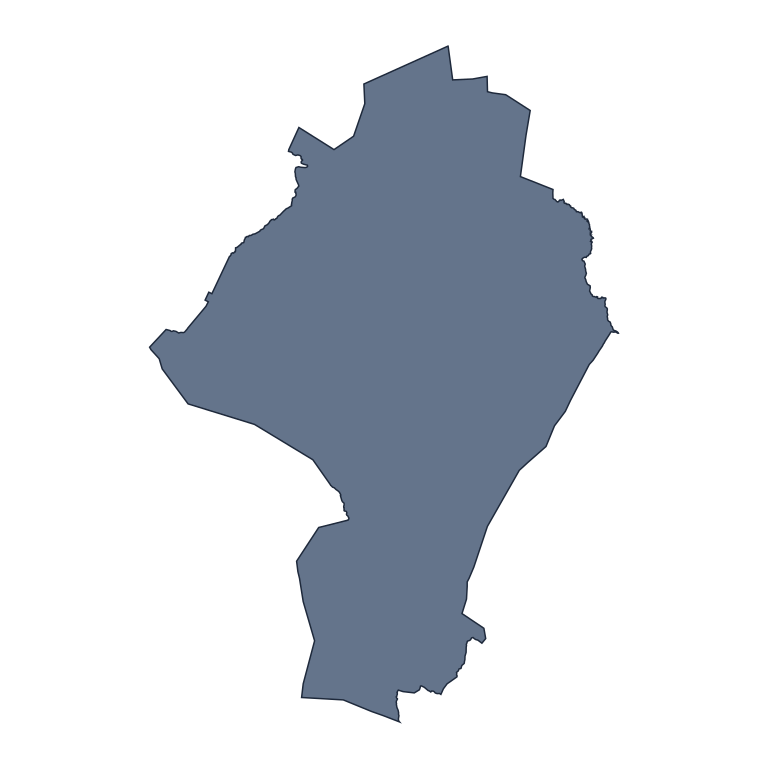 outline of Folldal nor, Hedmark, Norway
{"feature_id": "86288312B29283811421655", "entity_name": "Folldal nor", "entity_type": "district", "adm_level": 2, "iso_a3": "NOR", "parent_name": "Norway", "parent_adm1": "Hedmark", "projection": "albers", "projection_center": [10.131, 62.156], "detail": "fine", "context": "isolated", "style": "filled", "palette": "slate", "viewbox_px": 768, "rotation_deg": 0, "n_neighbors": 0, "source": "geoboundaries", "source_scale": "gbopen_adm2", "svg_char_len": 6099}
<svg xmlns="http://www.w3.org/2000/svg" viewBox="0 0 768 768"><path d="M481.9,643.2L485.7,638.6L483.9,628.3L462.0,613.6L466.5,599.1L467.2,586.2L467.2,581.9L469.0,578.5L473.8,567.2L487.4,526.4L519.3,470.3L527.8,462.5L546.0,446.5L554.5,425.8L565.3,411.4L570.5,400.4L589.3,364.4L593.2,360.1L594.5,358.1L597.8,353.1L599.1,350.9L602.4,346.1L603.5,343.8L604.2,343.0L605.0,341.3L609.7,334.0L610.7,332.2L611.3,331.8L613.8,332.2L615.5,331.9L618.0,333.3L618.4,333.2L618.0,332.5L617.3,331.9L616.1,331.1L613.9,330.3L613.2,329.8L612.3,326.9L611.1,325.6L610.9,324.8L610.7,323.5L610.1,322.0L608.6,321.2L608.1,320.6L607.6,319.8L607.6,318.4L607.2,316.4L607.4,315.7L607.7,315.1L607.7,314.7L607.1,312.7L607.0,311.8L607.3,309.9L607.3,308.8L606.8,307.9L605.2,306.7L604.9,306.0L605.2,304.2L604.9,302.8L604.9,301.6L605.1,300.9L605.8,299.5L605.9,298.7L605.8,298.2L605.0,297.8L603.7,298.1L603.1,297.6L602.2,297.8L601.9,297.1L601.5,297.4L600.7,298.5L598.0,298.5L597.3,297.8L597.6,297.0L597.2,296.7L596.7,296.6L596.2,297.1L595.8,297.1L594.2,296.5L593.2,296.5L592.3,295.9L592.1,294.7L590.8,293.7L590.4,292.4L589.6,291.1L590.3,287.5L590.1,285.8L587.4,284.2L586.2,281.6L585.7,279.5L584.8,277.7L585.2,276.4L585.8,275.3L586.0,274.5L586.4,273.3L586.0,272.2L585.6,270.4L585.6,269.3L584.7,266.4L584.7,265.8L585.1,264.8L585.2,264.0L583.9,261.1L582.5,260.7L581.9,259.2L583.4,257.7L584.7,257.2L586.3,257.4L586.7,256.4L588.3,255.6L589.2,254.1L590.3,253.8L590.7,253.4L590.4,252.2L590.7,251.0L591.4,249.7L591.7,248.3L591.5,247.8L591.7,245.9L591.6,245.5L591.5,244.8L591.3,244.4L591.5,243.7L591.5,243.0L592.2,242.2L591.7,241.3L591.2,241.2L590.8,241.5L590.5,241.3L591.1,240.4L591.0,239.4L593.4,238.2L593.1,237.6L591.9,237.0L591.9,236.6L591.1,236.0L590.7,235.3L591.1,235.0L590.3,234.8L590.4,233.8L590.3,233.1L590.5,233.1L590.7,233.4L591.0,233.3L591.1,232.8L591.6,232.4L591.6,231.3L590.4,231.1L590.2,230.7L590.3,229.6L590.1,228.7L589.1,228.8L589.2,228.3L589.6,228.3L589.8,228.0L589.8,227.1L589.4,225.2L589.5,224.6L588.8,223.3L588.8,222.3L588.5,221.7L587.7,221.8L587.0,221.0L587.9,220.5L587.5,220.1L587.6,219.7L587.5,219.2L586.3,219.0L585.3,219.2L584.4,218.6L584.4,218.4L584.8,218.2L584.8,217.8L584.2,217.4L584.0,216.4L583.5,216.5L583.2,217.2L582.5,217.0L582.5,216.5L582.3,216.0L582.3,215.2L582.1,214.6L582.2,213.9L581.6,213.1L581.8,212.7L581.5,212.2L581.0,212.2L580.6,212.7L580.4,212.8L579.3,212.4L578.1,211.7L576.4,211.7L575.9,210.3L574.3,209.4L573.8,208.3L572.7,207.8L571.9,207.8L570.7,207.0L570.6,206.0L569.7,205.6L569.5,205.2L569.4,204.7L567.8,204.1L567.1,204.5L565.8,203.2L565.3,203.5L564.3,203.1L564.0,202.2L564.2,201.5L563.3,199.4L560.9,200.4L560.3,200.0L559.5,200.2L559.0,201.1L557.9,202.0L556.7,201.5L555.0,199.5L554.0,199.3L553.0,198.4L552.8,192.9L553.0,189.5L520.4,176.6L526.0,135.4L530.2,110.5L505.7,94.7L492.4,92.9L487.5,91.7L487.1,76.4L472.6,79.0L452.7,79.9L448.2,46.7L448.0,46.1L363.9,84.0L364.8,103.7L353.6,136.2L334.0,149.6L298.9,127.5L288.8,149.6L288.5,151.4L291.2,152.1L292.4,153.0L293.0,154.3L295.6,155.5L297.9,154.9L300.2,155.6L301.1,156.6L301.0,158.1L301.5,159.2L302.0,159.2L302.4,159.6L302.5,159.9L302.5,160.4L301.8,160.8L301.1,162.0L301.4,163.2L303.6,164.2L307.4,165.2L307.6,166.2L306.8,167.2L305.2,167.6L300.5,167.2L298.7,166.7L296.0,167.5L295.4,169.0L294.9,171.9L295.3,173.3L295.5,176.7L296.1,177.9L296.0,178.7L296.2,179.7L298.5,184.8L298.8,186.1L296.9,188.5L295.3,189.6L295.1,190.5L295.0,192.1L295.8,192.3L295.7,193.0L296.1,194.1L296.0,195.6L295.0,197.0L292.8,198.0L292.2,199.2L292.3,200.4L291.7,202.9L291.7,203.9L291.4,204.2L291.6,205.7L287.7,208.2L286.6,208.6L285.7,209.2L284.6,210.4L283.7,211.1L279.9,215.1L278.4,215.8L277.6,216.7L276.8,218.3L275.7,218.8L274.8,219.7L274.3,219.9L273.7,219.7L273.5,219.2L272.0,219.6L271.4,219.6L271.2,220.1L269.8,221.3L269.3,222.5L267.9,224.1L267.1,224.8L264.9,225.9L263.6,228.6L262.3,229.3L261.3,229.6L260.3,230.3L259.7,231.3L255.1,233.8L252.7,234.3L251.2,235.4L249.3,235.5L248.2,236.7L247.2,236.4L246.3,236.9L246.1,237.3L245.4,237.4L245.2,238.4L244.4,239.8L244.1,241.0L244.1,241.4L243.7,242.6L241.6,243.1L241.1,243.6L241.0,244.4L240.5,244.7L240.0,244.9L237.2,247.3L235.6,247.8L235.5,251.1L235.3,251.4L235.1,251.4L235.1,251.9L234.5,252.0L233.6,253.1L232.6,252.8L231.3,253.5L231.1,253.8L231.1,254.6L230.3,256.0L229.5,256.4L211.9,293.7L208.8,292.2L205.1,300.1L208.3,301.8L206.0,306.3L187.7,328.2L187.4,328.8L184.5,332.2L183.4,332.6L180.9,332.4L178.7,333.0L176.0,331.4L173.4,330.8L172.2,331.4L171.2,331.4L170.0,330.5L166.1,329.5L149.6,347.2L151.0,349.7L159.2,358.7L162.2,368.9L188.1,403.9L254.5,424.4L312.9,459.8L330.3,484.6L330.7,485.4L331.3,485.8L332.5,487.1L334.3,487.8L336.0,489.5L338.0,490.9L339.3,492.1L340.5,494.3L340.8,495.1L340.4,495.6L341.8,500.5L342.5,501.8L343.9,503.0L344.1,503.5L344.1,505.2L343.8,505.8L343.7,506.6L343.8,507.6L344.1,507.7L344.0,508.9L344.2,509.8L344.0,510.1L344.1,510.7L344.8,511.1L345.9,511.2L346.5,511.8L346.8,512.6L346.8,513.2L346.4,514.1L346.9,515.3L347.7,515.8L348.9,518.1L348.8,519.0L348.2,519.6L348.1,520.1L318.7,527.5L296.6,561.2L297.9,571.7L299.5,578.3L303.2,601.6L314.6,640.8L303.2,683.8L301.6,697.5L343.3,699.9L371.6,711.5L383.2,715.6L399.5,721.9L399.0,721.3L398.5,720.2L398.4,718.8L398.9,715.9L398.9,715.4L398.5,714.2L398.6,712.7L398.1,710.2L397.3,708.4L396.8,707.0L396.7,705.9L396.4,704.8L396.5,703.3L396.2,702.4L396.4,701.0L397.4,699.2L397.4,698.7L396.8,698.3L396.2,696.9L396.8,696.2L397.0,694.9L397.3,694.4L397.3,693.3L397.0,692.5L397.3,692.2L397.3,691.7L398.3,690.1L403.0,691.6L414.3,692.9L419.4,689.8L420.1,687.8L420.5,686.1L421.4,685.9L424.3,687.3L428.2,690.6L429.3,690.9L430.8,692.0L431.7,691.0L433.3,691.2L434.1,691.6L435.3,693.0L437.1,693.6L439.5,693.5L440.9,694.4L443.4,688.8L447.1,683.8L456.9,676.9L457.1,675.8L456.6,675.1L456.6,674.5L456.8,673.9L456.5,672.4L458.3,670.9L459.0,669.0L459.6,668.7L460.7,668.6L461.0,668.4L461.8,665.5L464.0,663.6L464.3,663.1L464.4,661.8L464.9,659.6L465.0,656.2L466.1,652.4L466.2,647.1L466.5,645.6L466.3,644.3L466.9,643.0L467.3,641.4L467.6,641.1L469.7,640.4L470.5,639.8L471.6,637.9L473.0,637.5L474.5,638.8L475.8,639.6L477.8,640.1L481.9,643.2Z" fill="#64748b" stroke="#1e293b" stroke-width="1.5"/></svg>